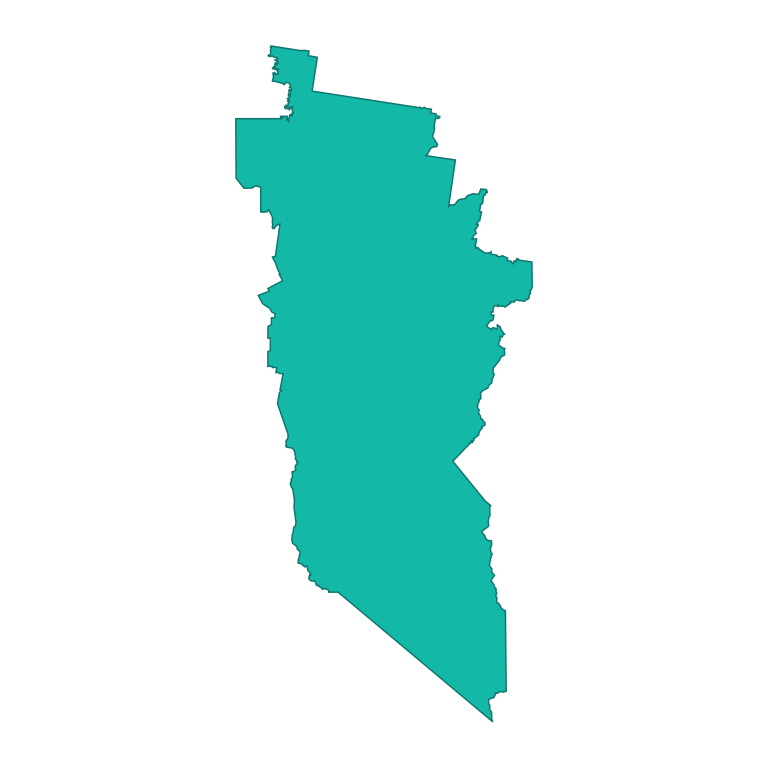 outline of Wangaratta, Victoria, Australia
{"feature_id": "25037944B46502413321481", "entity_name": "Wangaratta", "entity_type": "district", "adm_level": 2, "iso_a3": "AUS", "parent_name": "Australia", "parent_adm1": "Victoria", "projection": "natural_earth1", "projection_center": [146.471, -36.616], "detail": "fine", "context": "isolated", "style": "filled", "palette": "teal", "viewbox_px": 768, "rotation_deg": 0, "n_neighbors": 0, "source": "geoboundaries", "source_scale": "gbopen_adm2", "svg_char_len": 6036}
<svg xmlns="http://www.w3.org/2000/svg" viewBox="0 0 768 768"><path d="M532.2,287.1L531.9,262.0L518.7,260.1L518.6,259.1L517.1,258.6L517.2,259.4L516.2,259.9L516.3,261.4L513.9,261.0L513.3,263.8L511.2,262.1L511.0,261.2L507.2,260.6L507.7,258.2L502.6,255.8L499.0,256.8L497.1,256.4L497.3,255.4L490.9,254.1L491.2,251.8L489.7,252.8L485.1,253.2L477.9,248.2L478.0,247.6L475.5,248.1L475.7,246.2L475.3,246.1L476.6,238.9L471.7,238.8L472.1,238.0L472.9,237.9L472.8,237.1L474.0,235.4L476.2,233.2L475.0,230.0L477.8,226.1L478.1,224.8L476.3,224.4L477.7,222.9L478.2,221.0L479.7,220.7L481.5,211.9L479.5,211.5L480.7,204.1L482.4,203.8L483.6,195.6L485.4,194.7L485.8,192.3L487.2,192.5L487.0,190.8L486.2,189.5L480.8,189.0L479.0,193.7L477.2,194.4L472.9,193.7L467.5,195.7L464.6,198.9L460.9,199.1L458.1,200.2L454.9,204.5L452.4,205.1L450.3,204.8L448.6,206.4L455.4,160.0L426.0,155.7L427.2,154.6L430.7,148.3L432.3,147.3L436.8,146.5L437.5,144.3L432.3,136.2L433.9,132.1L434.5,127.7L434.1,125.9L435.5,118.2L437.8,118.6L439.6,117.8L439.8,116.5L435.8,115.8L436.1,113.9L430.7,113.0L431.4,109.2L426.3,108.5L424.4,107.4L421.0,108.8L420.4,107.3L419.2,107.6L401.8,105.0L312.1,91.1L317.3,57.3L308.3,55.7L309.0,51.1L304.4,50.4L301.0,50.7L271.8,46.1L271.1,46.1L271.5,46.7L270.5,47.3L271.2,47.9L270.4,50.1L270.9,52.9L269.9,54.6L268.2,55.5L268.8,56.5L270.3,55.7L271.0,56.5L272.4,55.9L273.3,56.9L275.6,57.6L276.4,57.2L277.7,58.2L276.6,59.7L275.1,60.0L276.7,61.3L277.5,60.1L278.3,63.4L277.7,64.1L276.2,62.9L275.1,63.2L276.4,64.0L276.2,64.7L274.8,64.7L275.4,66.8L273.5,66.8L272.5,68.5L273.0,68.8L273.1,68.1L274.2,68.1L274.8,69.2L275.7,68.6L276.1,69.5L277.7,68.8L278.5,69.7L276.8,70.3L277.9,71.9L278.0,74.2L277.0,73.7L275.0,74.5L275.4,73.5L274.5,72.4L272.9,73.2L273.5,76.8L272.4,80.9L273.6,81.5L274.8,81.1L277.5,82.2L279.5,82.1L280.1,83.0L281.8,82.9L284.2,84.6L284.8,84.2L285.1,82.7L288.0,82.6L289.1,83.3L290.7,85.6L289.5,87.1L290.8,87.6L291.8,89.2L291.3,90.6L289.4,89.3L288.7,91.2L290.2,92.0L290.0,93.4L290.5,94.8L290.0,95.1L288.8,93.5L288.4,94.0L288.5,95.8L289.5,95.4L289.9,97.0L287.6,98.4L288.7,99.0L287.8,100.3L289.2,100.7L288.0,101.5L288.8,102.4L288.0,103.8L288.2,105.1L286.8,106.3L286.8,105.4L286.1,105.2L286.0,106.2L284.5,106.5L285.3,108.6L286.8,108.2L288.2,109.1L288.9,107.9L289.6,109.3L290.0,107.5L292.7,106.7L292.6,107.6L291.5,108.4L293.4,112.5L292.5,112.6L293.0,113.4L292.7,113.7L291.1,114.3L292.4,115.2L292.4,115.7L289.7,115.1L288.9,118.5L288.2,119.0L288.8,120.2L288.5,121.0L288.0,119.5L286.7,119.6L287.3,118.5L287.1,116.3L280.6,116.3L280.6,117.8L282.4,117.9L281.9,118.7L235.8,118.7L236.1,178.2L243.9,188.2L252.2,188.0L255.4,185.8L260.8,187.1L260.8,211.9L264.0,212.3L265.0,211.8L267.1,211.8L268.7,209.7L272.5,217.1L272.4,223.1L272.8,224.9L272.2,227.1L272.9,228.5L274.1,228.5L276.7,225.3L280.0,224.0L275.4,256.2L272.4,257.1L275.4,262.7L278.1,270.3L280.1,273.9L279.2,274.4L282.6,280.7L267.9,288.5L269.4,291.2L258.3,295.4L262.7,303.7L270.0,308.6L271.5,311.7L275.2,313.9L274.7,317.8L271.4,317.9L271.4,324.6L268.0,326.4L267.9,338.2L270.3,338.2L270.3,350.6L267.9,351.6L267.9,366.4L272.4,366.4L272.4,367.5L276.8,367.6L275.9,372.6L277.8,372.3L279.4,373.4L283.1,373.8L280.0,390.1L281.7,390.5L279.4,392.6L277.5,403.7L288.1,434.4L287.9,435.7L288.4,435.9L288.0,437.8L285.8,441.5L286.3,442.6L285.9,446.1L286.5,446.0L286.8,447.2L292.7,448.1L292.7,448.8L294.0,449.9L294.3,451.3L295.1,452.2L294.9,454.5L295.5,455.4L295.6,457.9L295.3,459.0L296.3,459.8L296.7,461.7L297.8,462.3L295.4,465.7L295.2,467.6L295.8,469.8L293.9,471.4L292.0,471.9L292.6,476.5L291.0,480.0L291.5,480.4L291.4,481.5L290.2,483.5L291.3,486.9L292.8,489.0L294.1,497.9L294.6,498.3L294.1,499.1L294.5,499.9L294.0,507.5L296.0,522.3L295.5,525.6L293.7,527.4L293.0,533.2L292.1,535.1L291.9,540.6L292.8,543.4L297.3,546.9L297.1,549.0L299.9,551.5L300.1,553.5L299.3,555.1L299.4,556.9L298.4,559.4L298.1,563.1L300.9,563.6L304.7,566.9L306.7,565.8L308.1,570.8L310.7,573.7L310.6,574.9L309.7,574.8L309.9,575.7L309.3,575.8L308.9,578.1L308.9,578.8L310.5,580.7L315.1,581.3L316.5,585.2L316.9,584.9L321.9,588.4L322.4,589.3L325.0,588.5L326.0,589.2L327.7,589.4L328.5,590.4L328.8,592.2L338.0,592.1L492.8,721.9L491.7,719.5L491.6,712.2L489.5,709.1L489.9,705.5L488.5,703.0L488.7,699.8L490.5,698.5L493.8,697.6L495.0,695.3L495.5,693.0L497.4,693.4L499.7,691.5L503.6,692.1L506.2,691.1L505.4,610.5L504.3,610.6L503.2,609.8L500.7,607.5L500.0,605.1L498.3,603.1L496.6,602.7L496.9,597.8L495.6,595.5L496.8,593.6L496.0,591.1L496.1,588.9L494.4,586.8L493.5,583.8L491.1,581.1L492.2,578.3L494.5,575.5L491.9,572.3L491.7,568.6L489.4,565.8L490.3,559.2L492.1,554.1L490.9,552.1L490.3,548.2L491.5,545.7L491.7,542.6L491.3,540.7L488.5,540.6L486.9,539.8L485.8,538.7L484.7,535.6L482.2,532.6L482.2,531.4L483.0,530.4L488.3,526.5L488.7,525.0L488.2,521.8L488.9,517.3L490.0,515.6L489.6,507.5L490.6,505.5L485.1,500.9L452.8,461.2L469.4,444.0L469.6,442.5L470.5,443.1L471.1,442.5L472.2,442.5L471.7,440.8L472.8,441.3L473.3,440.9L474.0,439.9L473.7,438.2L474.6,438.2L478.7,434.9L478.6,433.6L480.3,430.0L482.4,427.8L481.7,426.6L484.9,425.2L485.0,422.7L483.2,421.2L482.5,419.3L481.1,419.1L480.8,418.5L480.4,416.1L478.8,413.6L478.5,411.8L479.2,409.8L478.5,409.5L477.2,406.8L477.8,405.6L477.9,403.1L479.2,401.5L478.7,400.3L480.9,398.4L480.5,393.4L482.6,390.7L487.8,388.0L489.0,385.1L491.8,382.8L491.9,380.0L494.1,374.6L493.0,372.0L493.3,368.1L499.6,360.1L500.8,357.1L504.6,354.9L504.5,351.1L504.1,350.3L504.8,348.4L502.8,348.1L498.5,344.9L499.0,341.9L500.2,340.0L500.0,336.4L502.3,337.0L503.1,334.5L504.5,334.3L501.0,329.7L500.2,326.9L497.4,324.8L497.1,325.4L497.6,327.4L496.7,329.0L493.6,327.6L492.1,328.2L491.4,329.8L486.6,326.2L489.2,322.0L490.6,320.9L492.3,320.6L493.2,319.4L493.9,315.2L490.8,314.8L491.2,312.0L492.8,312.2L493.6,306.6L495.4,305.7L496.7,305.7L497.8,306.6L498.3,305.1L499.3,306.0L503.3,306.2L505.1,307.0L510.7,303.0L510.1,302.0L512.6,301.7L513.8,302.3L515.0,300.8L517.0,299.8L519.8,300.9L521.0,300.4L523.6,301.3L525.6,300.7L526.3,299.3L527.7,299.2L529.2,297.8L529.1,295.2L530.6,292.9L530.0,291.0L531.3,289.6L532.2,287.1Z" fill="#14b8a6" stroke="#0f766e" stroke-width="1.5"/></svg>